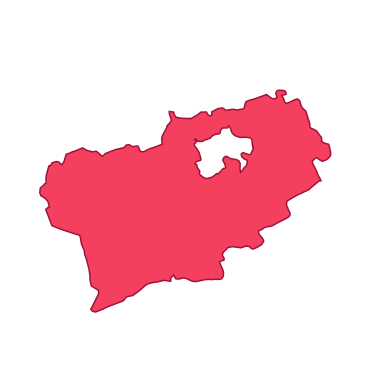 the district of El Mahalla El Kobra, Al Gharbiyah, Egypt, rotated 243°
{"feature_id": "37247803B79184551516010", "entity_name": "El Mahalla El Kobra", "entity_type": "district", "adm_level": 2, "iso_a3": "EGY", "parent_name": "Egypt", "parent_adm1": "Al Gharbiyah", "projection": "robinson", "projection_center": [31.14, 31.018], "detail": "fine", "context": "isolated", "style": "filled", "palette": "rose", "viewbox_px": 384, "rotation_deg": 243, "n_neighbors": 0, "source": "geoboundaries", "source_scale": "gbopen_adm2", "svg_char_len": 6108}
<svg xmlns="http://www.w3.org/2000/svg" viewBox="0 0 384 384"><g transform="rotate(243 192 192)"><path d="M133.5,48.6L130.9,49.2L128.8,51.6L128.1,59.5L128.0,65.2L126.3,80.6L126.7,82.7L127.6,84.3L128.2,86.8L127.4,89.6L126.7,92.0L127.6,97.9L128.2,101.6L129.1,104.7L130.1,109.2L130.1,111.5L130.0,111.9L129.7,113.5L129.3,115.0L129.1,115.8L128.4,118.1L127.9,119.3L125.9,127.1L122.1,132.5L122.4,132.7L123.7,133.3L124.9,133.9L126.3,138.1L124.7,138.1L122.2,138.0L120.5,140.5L120.4,140.9L120.0,142.6L119.8,143.2L119.3,145.6L117.8,147.4L117.4,147.7L114.9,149.6L112.3,151.8L110.3,154.9L109.4,158.6L107.8,164.5L107.6,164.9L106.4,167.6L105.3,169.1L103.7,173.1L102.6,175.0L101.9,176.2L101.2,179.1L102.6,181.4L103.7,182.3L105.7,183.4L107.5,183.9L110.0,184.3L113.1,184.3L116.5,184.6L117.2,184.8L117.2,187.3L116.9,188.7L116.7,189.3L118.1,190.5L119.4,190.5L121.4,190.3L122.5,190.7L123.4,191.6L124.3,193.2L125.0,195.3L125.2,196.6L126.3,198.7L124.8,203.4L122.1,207.4L120.0,210.4L120.0,211.3L119.1,215.9L117.5,218.1L116.6,218.6L115.7,219.0L114.6,219.2L113.9,219.9L113.5,220.6L113.2,222.4L113.2,226.0L113.5,227.6L113.4,229.4L113.7,230.3L115.5,233.5L116.8,233.7L119.0,233.8L119.9,233.5L121.1,233.3L122.2,232.9L124.2,232.6L127.1,233.6L126.9,237.6L127.3,239.0L127.3,241.7L125.5,247.6L125.5,250.3L125.7,253.5L125.7,258.7L125.7,260.5L125.7,264.8L126.1,267.5L127.2,269.1L128.8,269.8L132.6,269.8L134.4,270.1L136.2,270.1L138.0,270.5L140.7,272.4L141.3,279.4L141.3,281.7L141.5,283.7L141.0,297.3L141.9,300.2L143.9,309.1L144.1,310.9L143.4,311.8L145.2,312.3L147.2,312.0L151.3,312.1L155.3,312.5L159.3,312.5L162.0,312.3L164.9,313.2L166.3,318.2L164.5,319.4L162.7,320.3L161.5,321.2L160.4,321.8L160.0,322.5L160.0,323.0L159.7,326.4L160.0,328.0L160.4,329.8L161.3,331.4L162.2,332.5L164.6,333.6L170.7,335.2L172.5,335.4L173.1,334.8L174.7,332.8L177.9,330.5L178.3,330.3L179.0,331.0L181.9,332.1L183.9,331.7L186.4,331.2L189.7,330.8L192.9,328.8L193.6,327.9L194.2,327.2L196.3,326.5L199.2,327.9L201.8,328.4L203.6,328.6L206.3,329.1L208.8,329.5L209.5,329.5L210.8,330.0L211.3,330.0L213.0,330.0L213.3,329.8L215.1,329.1L216.0,328.7L216.4,328.7L217.1,328.5L218.8,328.3L219.3,328.5L220.2,328.5L221.8,328.9L223.8,329.4L225.6,329.0L226.7,328.5L227.2,327.8L227.4,326.2L227.6,325.8L227.6,320.4L228.1,316.3L228.3,316.1L230.1,315.4L231.5,315.6L233.3,316.1L235.3,315.9L236.9,315.6L237.1,316.3L236.8,318.1L236.6,319.0L236.4,320.2L238.2,320.9L239.3,320.9L240.6,320.0L243.3,315.7L243.6,313.9L243.1,312.7L241.8,311.4L239.3,311.1L238.2,310.9L237.5,310.7L237.6,307.3L238.0,306.6L240.0,305.2L240.7,304.8L242.5,303.9L245.0,302.6L246.6,289.9L247.5,285.8L248.0,281.3L247.5,280.6L246.6,279.5L243.3,276.7L242.8,275.8L242.8,275.1L243.1,274.2L243.5,273.3L244.0,271.7L244.4,269.7L244.9,269.0L246.3,267.2L247.1,266.1L248.5,262.3L249.0,260.2L249.6,259.3L251.9,258.0L252.6,257.5L253.0,257.3L253.2,257.1L254.6,252.8L254.4,246.0L254.0,246.0L251.7,244.6L251.7,242.8L252.0,242.1L253.3,241.4L254.6,241.2L256.2,241.2L256.7,241.2L259.1,236.3L258.7,234.0L258.3,232.4L257.9,224.0L258.3,223.8L259.0,222.4L262.6,215.9L263.0,215.4L265.5,212.1L266.7,211.6L267.6,211.4L269.3,211.4L271.1,211.8L271.6,211.9L274.1,208.3L271.4,207.1L269.4,206.9L266.7,206.6L264.7,205.7L263.8,203.9L262.2,199.6L261.8,199.6L260.9,198.9L257.5,193.9L255.8,191.4L254.0,189.6L252.6,188.9L248.1,187.0L249.1,177.8L249.5,176.2L249.8,173.2L249.8,169.6L249.6,167.6L251.4,164.6L252.5,164.4L255.4,164.7L257.4,164.7L257.7,164.4L258.3,163.1L258.8,161.5L259.0,160.6L259.7,159.2L260.4,158.8L262.5,157.7L263.7,154.8L262.4,151.7L264.7,142.4L264.6,141.5L264.7,140.9L265.2,137.3L265.6,131.9L264.3,128.5L265.3,127.9L268.9,126.5L271.6,125.3L271.9,125.2L272.9,121.6L274.6,119.7L276.8,117.2L281.0,114.5L281.6,106.5L282.1,103.8L282.3,99.4L282.8,97.2L277.4,91.9L275.2,88.4L279.2,86.9L280.8,84.8L281.5,80.6L279.9,78.3L280.2,76.3L272.3,69.1L266.1,66.0L266.2,64.6L265.2,62.1L264.4,58.6L261.2,56.5L260.9,56.2L257.3,55.6L257.0,55.9L254.5,57.4L252.7,58.4L249.1,59.3L248.3,59.1L248.0,59.1L246.9,58.9L243.2,58.0L243.6,56.5L242.9,53.8L225.6,51.9L219.0,57.6L210.9,65.6L204.5,72.2L202.3,72.0L201.0,71.5L198.8,70.8L197.8,70.5L195.6,69.9L191.5,69.5L189.5,69.6L185.6,68.3L184.7,68.0L180.7,67.5L179.4,67.3L170.0,65.2L163.6,63.0L160.2,61.3L155.3,60.0L154.0,59.7L153.5,60.0L146.9,63.9L143.7,62.6L134.0,49.4L133.5,48.6ZM218.6,260.0L218.1,261.2L217.5,262.5L217.0,263.6L216.3,264.8L214.3,267.8L214.1,268.2L213.2,268.8L212.5,269.0L211.6,269.0L210.9,268.8L210.3,268.8L208.0,267.7L204.4,266.5L204.4,267.0L202.2,266.2L202.2,265.4L201.5,264.5L200.9,263.8L200.0,262.6L199.3,262.0L198.9,261.3L199.5,259.5L200.9,258.3L204.0,255.2L203.6,253.4L202.9,252.7L200.7,252.4L198.7,253.1L197.3,253.8L196.6,254.5L195.7,255.1L194.6,255.6L194.2,255.4L194.0,255.1L191.5,253.1L190.8,252.2L190.6,251.9L190.4,251.5L189.7,248.8L188.8,247.6L187.3,244.1L191.3,245.4L193.3,246.7L194.0,247.0L195.1,247.7L196.4,247.9L198.5,247.9L198.9,247.5L199.6,247.0L200.5,246.6L204.1,241.6L206.1,240.2L207.2,239.6L207.7,239.3L207.7,238.9L208.4,238.7L208.4,236.9L208.2,235.9L207.5,235.3L206.6,233.9L206.1,233.9L202.6,233.9L200.3,233.6L198.7,233.2L198.3,232.5L198.3,231.6L198.8,230.5L197.6,227.3L197.2,226.4L196.8,225.0L196.3,224.1L196.5,223.2L197.0,222.7L197.2,222.3L196.1,217.1L197.0,212.1L197.7,210.7L199.5,208.9L202.4,207.6L203.8,207.1L204.8,206.7L206.8,208.3L208.3,208.3L209.8,208.1L210.5,207.9L211.6,207.9L213.2,208.3L214.3,208.6L215.5,207.4L216.8,208.8L217.0,209.5L217.0,210.4L216.8,212.2L216.5,212.7L216.3,213.6L216.3,214.0L217.1,214.9L219.4,215.4L222.1,215.9L224.4,216.3L226.6,216.1L230.0,215.7L231.8,215.2L232.2,215.2L232.9,215.5L233.3,215.7L233.8,215.9L234.0,217.1L234.5,218.2L234.9,218.9L235.3,219.1L237.7,218.1L237.6,219.1L237.0,219.6L234.9,219.8L233.8,221.4L232.4,224.1L232.4,228.2L231.9,229.5L232.2,230.4L231.7,231.8L231.7,232.7L232.6,234.9L232.8,235.6L232.8,238.8L231.4,243.1L231.9,244.0L232.8,244.5L233.4,244.7L235.2,247.9L233.9,251.0L233.2,252.2L233.0,252.6L234.3,254.7L233.9,254.9L233.0,254.9L232.3,255.1L231.8,255.1L230.5,255.1L229.6,254.9L228.3,254.6L226.5,254.6L225.3,254.8L224.0,255.3L222.2,256.2L220.2,258.2L219.5,258.9L218.6,260.0Z" fill="#f43f5e" stroke="#9f1239" stroke-width="1.5"/></g></svg>